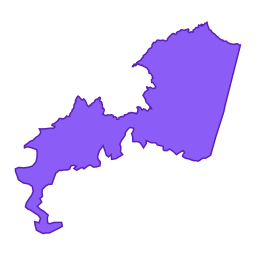 Melandra, Paphos, Cyprus (Mercator projection)
{"feature_id": "46923920B99215363510988", "entity_name": "Melandra", "entity_type": "district", "adm_level": 2, "iso_a3": "CYP", "parent_name": "Cyprus", "parent_adm1": "Paphos", "projection": "mercator", "projection_center": [32.531, 34.989], "detail": "fine", "context": "isolated", "style": "filled", "palette": "violet", "viewbox_px": 256, "rotation_deg": 0, "n_neighbors": 0, "source": "geoboundaries", "source_scale": "gbopen_adm2", "svg_char_len": 5257}
<svg xmlns="http://www.w3.org/2000/svg" viewBox="0 0 256 256"><path d="M39.4,128.8L40.6,131.6L40.4,133.4L38.5,135.7L36.5,137.0L33.0,140.3L30.0,141.4L27.5,143.5L25.5,144.9L24.4,145.6L24.5,147.9L27.3,146.7L29.7,147.3L32.2,148.0L36.7,149.6L37.1,151.4L37.1,156.4L36.1,161.7L34.8,163.3L32.5,166.0L28.8,167.2L23.3,167.9L18.9,167.4L15.4,168.8L15.5,171.3L17.1,175.6L18.5,179.8L23.4,183.0L28.7,184.0L32.3,186.4L33.2,191.4L31.7,195.2L29.4,198.3L26.4,202.9L25.4,206.9L28.0,209.2L30.0,209.8L34.4,212.8L38.2,215.2L40.5,218.3L38.9,222.8L34.7,221.6L34.9,224.2L36.4,230.1L38.2,231.1L43.2,233.6L45.3,233.0L49.4,232.9L52.5,231.4L58.9,228.2L62.3,226.4L61.6,222.4L54.3,222.4L49.5,223.8L47.6,222.7L47.3,217.8L48.2,215.1L43.9,211.4L40.3,209.2L37.3,206.3L41.7,202.2L39.9,198.5L42.5,196.4L42.0,192.4L42.3,189.4L45.2,186.5L48.1,184.5L50.0,184.3L51.8,184.2L54.2,177.6L55.8,173.2L59.2,170.3L61.0,170.6L63.6,169.9L67.8,169.9L69.5,169.0L71.2,165.6L73.8,165.4L76.4,166.3L73.9,168.5L76.6,170.2L78.6,169.2L80.5,168.0L82.7,167.6L83.9,168.9L87.7,166.0L90.4,164.9L93.3,167.1L96.5,166.9L100.0,165.8L100.3,162.0L97.7,158.4L97.7,155.9L99.4,150.7L103.1,145.7L105.7,153.0L106.2,155.1L108.4,156.9L111.1,154.6L111.6,159.3L115.9,158.7L122.7,154.6L120.5,151.8L120.9,147.1L119.8,144.1L121.5,140.4L124.9,135.7L125.6,132.2L128.1,128.9L130.0,127.4L133.5,128.2L133.5,130.8L131.7,133.5L132.8,137.6L132.8,141.6L138.4,141.7L140.4,143.0L143.6,147.8L146.4,143.3L146.1,140.5L151.5,142.8L156.0,142.8L157.3,144.9L163.2,146.3L163.2,149.5L164.2,150.6L167.3,150.6L169.2,149.1L171.5,150.2L174.0,152.1L176.4,154.6L181.0,151.6L183.3,150.7L184.5,152.5L183.1,154.5L182.5,156.3L183.9,157.3L185.7,158.3L188.9,158.9L191.3,159.9L193.4,160.6L195.2,160.6L198.5,161.1L202.9,158.1L205.7,158.2L210.6,155.3L215.4,138.2L223.7,112.0L225.3,104.6L240.6,44.3L240.2,45.1L238.9,45.1L238.7,44.8L237.6,43.8L236.6,43.9L236.2,43.7L235.8,44.1L233.1,44.3L231.4,44.0L230.1,43.6L227.8,42.7L226.4,41.2L225.2,41.2L223.5,41.1L222.8,40.0L221.4,39.9L221.0,39.7L218.9,38.2L218.2,37.3L216.5,36.1L216.1,35.5L214.3,33.8L212.0,32.3L211.2,30.5L209.7,29.8L209.2,29.4L208.0,26.2L207.4,24.7L207.4,23.8L207.0,22.4L206.6,23.0L205.0,23.2L205.0,23.3L204.4,24.2L203.2,25.0L202.4,26.0L201.9,25.9L202.1,24.5L201.6,24.3L201.1,24.4L200.8,25.6L198.6,25.1L198.3,25.8L198.7,27.2L198.1,27.5L195.9,27.6L195.3,28.7L193.1,30.2L193.3,31.8L192.8,32.1L191.0,31.8L189.9,32.6L189.2,32.4L188.0,31.6L188.7,30.8L188.8,29.6L188.3,29.0L184.2,30.3L181.1,29.7L179.4,31.4L178.0,31.6L176.6,32.5L176.5,33.8L175.7,34.3L173.5,33.5L172.5,33.7L170.0,35.9L168.5,37.5L167.5,38.9L167.3,40.1L166.3,40.8L165.2,41.1L164.1,40.4L163.1,40.1L161.8,40.3L160.7,40.5L157.6,40.1L157.0,40.3L155.4,42.5L153.5,42.4L152.1,44.8L152.0,46.3L151.7,47.1L150.8,48.2L149.6,48.5L148.8,49.4L147.8,50.7L147.3,52.2L146.3,53.0L145.7,53.9L145.7,54.3L144.7,54.5L143.2,55.8L143.4,57.0L143.1,57.1L141.9,58.3L140.8,60.1L139.1,61.1L137.0,62.4L135.8,64.1L135.2,64.3L134.0,64.2L133.5,65.3L132.6,66.0L132.5,66.5L133.3,66.5L133.6,66.3L134.3,65.4L135.6,65.6L137.6,63.9L138.5,64.3L139.0,64.1L139.4,64.8L141.2,65.2L141.9,65.7L142.6,65.4L143.9,66.5L146.7,67.7L147.5,68.8L147.9,69.7L148.4,70.0L148.8,70.6L148.7,71.7L149.2,73.3L150.2,73.4L151.0,73.7L152.5,76.5L152.3,77.2L153.0,78.4L151.5,79.6L151.6,82.5L153.2,82.7L155.8,86.8L155.1,88.3L154.7,88.0L153.6,88.4L152.9,88.5L152.0,88.2L151.5,87.9L150.8,87.5L150.3,87.2L149.5,87.7L148.8,87.7L148.1,87.6L147.4,87.0L146.7,87.0L146.9,88.0L147.4,88.5L148.3,90.0L147.1,90.4L146.7,90.8L145.8,91.5L144.6,92.2L144.2,93.5L143.0,95.2L145.5,99.5L145.4,100.0L145.8,100.8L146.3,102.4L148.6,104.6L149.5,106.0L151.2,107.7L151.6,108.7L150.5,108.7L150.2,108.2L149.7,108.0L148.8,109.5L147.9,110.8L147.1,111.0L146.0,110.3L145.2,109.4L143.5,108.8L142.8,109.7L141.7,109.9L141.1,108.5L140.3,107.3L139.7,107.3L138.9,106.9L138.0,106.8L137.0,107.3L137.6,108.7L138.4,109.3L137.8,110.4L137.9,111.6L137.0,112.7L136.9,113.6L136.4,113.6L135.9,113.8L134.9,112.9L133.1,113.0L132.2,112.6L131.0,112.5L130.6,112.8L129.4,113.3L128.8,112.9L127.3,114.3L126.5,114.6L124.6,114.8L124.0,116.1L123.5,116.6L122.5,116.4L120.7,116.8L119.0,117.6L118.7,119.1L118.3,119.3L117.5,119.4L116.8,119.1L116.8,117.9L115.5,116.9L114.4,116.9L113.5,117.2L113.1,115.7L112.8,115.2L111.4,114.7L110.1,115.0L107.7,114.9L106.1,115.5L105.6,115.5L104.8,115.3L103.5,114.4L102.9,114.4L104.3,110.0L103.5,108.2L102.7,108.5L102.7,108.0L102.4,107.8L102.4,105.7L102.2,104.2L101.6,103.8L101.9,102.7L101.1,101.6L100.5,101.7L100.1,101.6L99.7,99.9L100.4,98.7L100.4,97.9L100.2,97.5L99.6,97.3L99.4,97.6L98.7,97.8L98.1,98.5L97.6,99.4L96.5,99.2L95.0,100.2L94.9,100.4L94.9,101.1L94.3,102.0L91.5,103.9L91.3,105.1L90.5,105.5L90.1,105.1L88.8,106.8L87.2,105.2L85.6,101.1L83.8,98.9L82.5,100.0L81.0,99.1L79.8,97.7L79.1,96.8L78.1,96.1L77.6,96.5L76.8,97.6L75.3,100.9L75.9,101.5L74.1,104.7L74.0,106.6L73.5,108.6L72.5,109.4L71.9,110.8L72.0,111.4L70.5,113.2L69.7,115.0L69.7,116.3L68.9,116.6L68.5,116.4L67.0,116.5L66.6,116.0L64.8,118.2L64.2,118.3L63.7,118.7L63.2,118.8L61.8,118.7L60.9,118.4L59.6,118.5L58.7,119.2L58.6,119.6L57.3,121.2L55.9,122.3L54.4,123.5L52.9,124.0L52.0,124.5L52.0,125.5L52.8,125.7L53.8,126.2L54.6,126.2L55.1,126.7L54.2,127.8L53.0,128.3L51.4,128.1L49.3,128.3L44.9,128.8L43.9,128.9L42.1,128.9L40.7,128.9L39.4,128.8Z" fill="#8b5cf6" stroke="#5b21b6" stroke-width="1.5"/></svg>